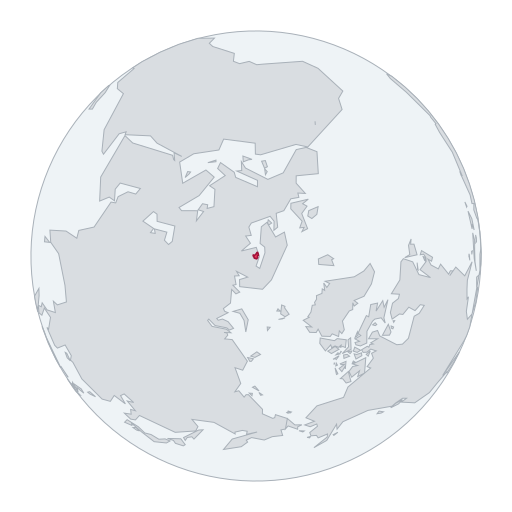 Southern Ostrobothnia highlighted on a globe, orthographic projection, rotated 158°
{"feature_id": "FIN-3183", "entity_name": "Southern Ostrobothnia", "entity_type": "Province", "adm_level": 1, "iso_a3": "FIN", "parent_name": "Finland", "parent_adm1": "", "projection": "orthographic", "projection_center": [23.15, 62.738], "detail": "fine", "context": "on_globe", "style": "filled", "palette": "rose", "viewbox_px": 512, "rotation_deg": 158, "n_neighbors": 0, "source": "natural_earth", "source_scale": "10m", "svg_char_len": 12099}
<svg xmlns="http://www.w3.org/2000/svg" viewBox="0 0 512 512"><g transform="rotate(158 256 256)"><circle cx="256" cy="256" r="225" fill="#eef3f6" stroke="#a8b0b8"/><path d="M35.6,209.4L37.4,202.1L38.9,196.5L39.2,194.8L45.9,174.6L50.8,163.6L84.4,110.1L90.6,103.2L95.0,99.4L127.7,75.3L103.5,90.8L112.2,83.5L123.1,75.8L121.9,77.4L135.7,70.3L146.4,64.4L163.8,60.4L176.0,66.1L169.7,67.7L173.3,69.2L181.6,67.4L186.1,65.8L210.0,70.9L237.5,69.8L245.7,65.1L244.3,69.9L259.5,58.5L274.1,56.6L257.8,61.5L256.4,64.2L266.5,64.1L267.1,67.0L272.4,68.7L272.3,72.2L262.8,75.1L262.6,77.5L269.7,77.4L274.1,81.1L263.7,80.9L270.3,87.3L255.7,94.2L227.8,92.1L219.8,100.1L191.6,109.2L194.4,111.8L185.5,117.3L185.3,122.5L180.1,123.0L184.5,126.7L189.3,125.3L192.8,126.5L193.2,129.5L186.6,130.6L185.5,129.2L183.7,131.2L180.3,130.5L182.2,132.5L174.2,133.7L182.6,137.1L176.6,141.8L171.2,141.4L171.2,135.5L158.7,121.0L153.2,119.4L145.5,122.6L131.9,140.9L126.1,141.7L118.5,147.2L121.9,149.3L129.0,145.8L133.5,151.3L141.7,146.8L144.7,148.5L153.4,146.5L152.6,153.2L147.1,161.1L139.9,163.2L137.3,166.8L144.6,170.3L131.6,179.9L123.8,196.3L120.4,198.3L112.9,191.9L111.9,177.7L102.3,170.6L109.0,181.9L100.3,187.2L99.1,191.1L99.9,194.9L103.3,195.6L100.5,199.0L92.8,188.7L95.2,185.4L97.7,188.6L97.1,182.1L91.8,175.8L87.9,179.3L84.2,167.0L81.3,169.5L78.9,168.4L83.7,165.2L74.9,170.9L69.9,159.4L57.8,169.7L69.2,154.2L72.9,146.0L76.4,137.2L74.3,138.6L81.7,125.9L83.7,118.2L77.6,121.2L69.6,130.7L62.1,143.9L63.0,144.7L59.3,153.8L55.2,155.3L47.7,173.8L44.6,178.8L41.4,187.5L39.3,195.3L36.7,206.2L37.1,208.6L36.8,217.1L34.3,223.0L36.1,223.7L34.6,232.5L35.5,253.9L34.8,253.5L35.1,278.8L39.5,301.9L40.5,311.0L39.6,311.3L42.0,319.1L42.1,321.0L55.3,351.6L65.0,370.3L66.7,376.1L62.5,371.4L62.8,371.8L54.6,357.0L47.6,341.7L41.8,325.9L37.2,309.7L33.8,293.1L31.6,276.4L30.7,259.6L31.1,242.8L32.7,226.0L35.6,209.4ZM54.7,171.7L46.4,196.3L47.9,185.3L48.2,186.7L51.0,179.7L55.1,168.6L57.3,159.7L54.7,171.7ZM58.2,175.7L59.4,171.9L58.7,175.3L58.2,175.7ZM188.0,64.8L181.7,67.1L174.0,67.9L179.2,65.5L188.0,64.8ZM202.8,64.4L200.0,66.1L196.2,63.8L198.9,63.5L202.8,64.4ZM251.4,61.4L246.1,61.9L251.0,60.5L251.4,61.4ZM273.1,68.3L274.4,67.3L276.6,68.7L273.1,68.3ZM153.2,142.9L153.2,144.6L151.6,144.1L153.2,142.9ZM156.9,140.5L155.0,138.6L156.4,137.2L157.6,138.4L156.9,140.5ZM278.5,75.3L281.6,77.9L276.8,75.7L278.5,75.3ZM158.9,143.1L159.3,135.0L161.9,132.6L168.5,135.1L158.9,143.1ZM282.3,79.8L289.9,86.4L293.5,84.6L287.8,93.6L283.2,84.8L276.7,82.3L281.3,82.0L282.3,79.8ZM190.7,123.5L185.6,125.2L189.5,121.1L190.7,123.5ZM192.3,120.6L199.2,106.8L206.9,106.1L203.0,110.8L212.7,107.8L213.0,114.2L207.8,117.3L202.8,116.4L206.7,119.6L192.3,120.6ZM283.4,97.6L283.9,99.8L281.6,98.1L283.4,97.6ZM194.5,126.7L195.2,123.9L201.9,123.0L201.7,128.5L199.6,127.0L194.5,126.7ZM215.0,104.0L220.0,104.5L221.6,109.7L223.7,110.7L213.7,114.3L215.0,104.0ZM198.3,128.7L201.4,131.3L198.6,134.5L194.3,129.4L198.3,128.7ZM203.8,120.5L206.9,120.4L205.1,122.2L203.8,120.5ZM190.4,147.7L191.1,144.2L194.6,143.4L190.4,147.7ZM202.8,132.1L203.8,131.0L205.3,130.3L206.7,132.7L202.8,132.1ZM215.5,117.8L215.2,120.0L219.7,116.6L221.1,120.6L214.2,122.4L217.8,123.3L218.2,124.5L212.0,124.6L215.5,117.8ZM212.6,133.2L204.2,137.1L202.1,143.8L198.9,144.7L202.8,133.8L212.6,133.2ZM212.8,128.1L211.9,131.4L208.4,130.7L206.8,128.0L212.8,128.1ZM224.6,122.7L224.2,116.1L225.8,116.0L224.6,122.7ZM212.7,135.3L214.7,134.3L213.0,135.8L212.7,135.3ZM221.7,126.7L221.4,124.3L223.2,124.2L221.7,126.7ZM219.0,134.4L216.3,135.6L215.1,133.8L219.0,134.4ZM220.8,131.0L223.3,131.4L216.3,132.4L220.4,129.9L220.8,131.0ZM223.5,126.9L224.4,126.1L223.3,127.9L223.5,126.9ZM225.1,140.9L216.6,142.5L214.0,138.4L222.6,137.3L225.1,140.9ZM228.2,479.6L212.9,473.6L219.6,470.7L217.6,466.4L200.2,452.0L204.0,445.0L199.2,440.5L189.4,439.0L183.7,433.1L177.7,431.3L139.9,419.1L128.2,406.8L113.7,376.4L120.4,371.2L121.3,359.6L167.1,337.7L177.2,344.5L213.8,348.1L218.4,350.7L214.5,360.9L242.2,376.5L250.7,368.2L275.4,374.1L291.6,371.7L296.7,350.9L270.2,354.5L265.2,344.8L286.1,333.3L309.2,329.8L308.0,325.9L293.1,319.8L298.1,310.9L287.9,316.9L292.3,320.5L286.0,324.5L281.6,321.6L283.5,318.4L276.5,317.5L269.1,333.2L272.7,338.5L254.4,342.1L258.8,351.5L253.9,355.9L244.8,341.8L245.4,336.5L228.7,319.7L226.3,325.6L242.0,342.0L237.2,340.6L234.2,349.1L232.8,341.5L216.3,322.6L199.6,322.9L178.8,339.6L168.9,337.9L160.4,329.9L167.4,309.0L188.7,315.3L191.5,308.5L186.8,295.5L193.6,298.7L194.3,294.3L202.3,296.0L213.2,287.6L221.3,288.0L225.1,274.6L229.8,273.1L226.2,281.4L228.0,287.5L248.0,288.3L251.8,285.5L252.7,276.9L258.1,278.4L256.4,269.9L267.7,266.1L252.5,263.9L253.1,254.2L259.7,246.6L257.2,243.1L246.5,255.6L244.6,261.0L247.5,266.1L240.1,281.1L233.3,283.1L230.7,266.3L220.7,267.5L223.0,254.3L250.6,228.1L262.4,222.7L282.6,233.7L280.1,240.3L271.6,239.5L279.8,249.1L279.0,244.0L283.4,245.5L285.2,237.0L288.4,237.6L284.6,228.6L288.8,228.4L291.1,234.1L297.3,221.9L305.9,219.5L305.8,216.5L303.1,213.9L315.8,212.8L315.1,210.6L310.7,210.1L306.5,205.6L303.9,197.3L308.4,197.3L310.0,200.3L320.0,206.9L323.4,215.2L325.0,214.4L323.1,207.2L310.9,199.2L308.0,194.2L314.3,197.1L311.8,195.6L311.8,193.2L316.1,190.9L309.4,187.4L303.4,161.7L311.1,155.1L317.3,160.3L317.9,143.5L326.5,138.0L322.4,137.5L319.9,129.6L317.2,131.1L315.0,130.3L307.4,111.4L309.2,107.3L301.3,99.2L299.2,99.1L297.4,101.6L287.8,93.6L293.5,84.6L298.0,85.4L298.5,79.6L308.6,82.4L317.3,82.3L328.1,89.3L334.0,88.9L333.5,86.6L341.1,84.7L358.6,88.8L346.6,95.2L320.9,92.4L331.6,94.2L329.8,96.8L334.0,99.4L341.5,100.6L342.0,98.8L357.3,117.5L376.6,128.5L373.7,119.6L377.5,116.4L397.0,122.8L423.8,151.8L429.2,149.2L433.3,151.7L436.9,159.6L431.0,156.1L429.7,160.7L425.8,157.7L429.7,169.8L424.3,166.0L429.9,177.5L433.9,177.3L432.5,167.8L439.7,179.8L445.5,175.8L452.3,181.0L463.5,207.2L465.6,226.0L467.0,229.0L464.6,232.8L466.3,245.0L474.6,245.0L476.1,248.6L476.6,268.1L475.7,265.9L469.5,276.1L471.8,287.0L476.7,281.3L478.5,284.7L476.3,291.8L474.1,289.4L471.8,292.7L469.9,284.3L463.2,278.7L460.8,290.0L458.5,285.1L449.0,284.4L444.1,300.4L438.1,332.1L441.2,345.6L437.4,357.2L422.8,350.3L415.5,339.6L410.7,346.1L395.3,343.5L370.2,360.3L366.2,357.8L361.6,362.7L350.6,363.5L344.3,358.5L337.9,361.9L354.6,374.5L361.5,370.7L366.5,360.2L370.0,365.6L380.4,365.5L370.4,387.4L332.4,416.7L328.0,407.0L295.6,380.6L296.2,376.3L296.0,375.8L295.6,375.0L293.3,382.4L287.5,376.1L305.5,397.7L308.8,406.9L331.9,417.5L329.9,419.8L337.1,420.6L359.3,407.5L359.6,410.9L349.5,430.0L318.1,456.2L321.9,463.1L319.1,468.7L298.8,475.5L299.8,476.7L289.2,478.8L288.7,478.9L268.6,480.9L248.4,481.2L228.2,479.6ZM151.9,355.3L150.8,358.8L151.9,355.3ZM334.4,335.6L347.8,330.7L340.6,319.9L345.1,317.2L341.0,314.7L340.0,319.2L329.7,311.5L335.0,304.9L332.8,299.4L328.2,300.9L320.0,314.2L334.7,325.2L332.1,331.9L334.4,335.6ZM35.6,254.5L35.4,258.2L35.0,254.8L35.6,254.5ZM46.5,185.9L45.5,190.3L44.5,193.3L44.9,190.3L46.5,185.9ZM42.4,222.4L42.1,227.9L41.7,223.1L42.4,222.4ZM45.5,200.1L42.6,218.2L41.9,209.7L44.0,198.4L43.5,204.8L45.5,200.1ZM55.3,176.6L54.3,179.6L53.5,179.7L55.3,176.6ZM57.7,178.3L57.8,177.3L59.0,175.2L57.7,178.3ZM100.8,187.8L101.3,188.7L101.3,192.9L99.8,191.5L100.8,187.8ZM110.6,208.7L105.8,213.7L108.2,209.0L105.1,207.8L106.2,196.8L118.7,198.8L112.9,199.7L110.6,208.7ZM111.2,183.0L109.1,189.5L110.9,182.3L111.2,183.0ZM190.2,269.8L193.0,273.7L190.1,278.3L179.9,278.5L184.0,271.8L190.2,269.8ZM197.7,278.3L197.9,262.0L204.3,261.4L200.7,264.5L204.9,265.7L200.2,271.0L206.1,286.7L203.9,291.8L186.2,289.1L193.2,287.0L190.0,283.1L197.7,278.3ZM187.3,224.2L187.4,217.9L201.0,224.7L199.3,229.9L189.0,230.3L185.0,224.4L187.3,224.2ZM170.5,149.5L169.7,147.2L171.5,146.8L173.7,148.5L170.5,149.5ZM190.4,146.1L176.0,159.4L174.3,157.4L167.8,168.0L160.9,166.8L165.3,159.9L155.2,167.1L156.4,160.5L150.0,166.1L160.6,150.8L161.3,145.4L163.1,151.8L169.5,153.0L172.4,151.9L181.3,144.7L185.9,133.8L192.9,133.5L196.6,136.2L196.6,138.7L192.0,138.1L195.2,142.0L188.6,143.0L190.4,146.1ZM236.2,171.9L230.9,169.3L236.3,178.7L229.7,179.2L230.7,180.3L226.1,183.4L222.3,189.2L219.3,188.5L219.1,191.0L216.0,193.3L214.8,196.6L208.9,196.6L206.9,200.7L205.2,198.4L203.3,205.6L202.1,200.3L198.0,202.9L201.4,206.7L172.7,199.9L161.6,201.7L153.0,206.3L152.0,197.0L159.4,186.9L170.9,178.2L181.7,178.0L179.3,174.0L183.7,172.8L183.8,176.4L186.4,170.1L190.1,170.1L200.2,163.3L201.8,154.5L205.5,151.9L206.8,155.4L209.6,150.4L214.5,155.3L217.3,153.6L225.0,157.0L225.8,164.9L228.9,162.5L234.8,165.1L236.2,171.9ZM227.2,142.0L229.6,151.1L227.2,155.9L214.9,148.1L211.7,149.0L203.7,144.5L207.4,137.6L209.3,139.5L212.0,139.8L209.8,141.8L213.6,140.4L216.4,143.0L220.2,142.7L220.0,145.6L227.2,142.0ZM223.5,347.1L227.0,348.0L232.5,348.1L230.7,353.6L223.5,347.1ZM212.0,334.5L215.2,334.2L215.3,341.8L211.6,341.0L212.0,334.5ZM216.8,327.8L215.3,333.6L214.0,330.0L216.8,327.8ZM229.1,280.7L232.5,280.0L232.9,282.1L231.1,285.0L229.1,280.7ZM250.6,201.0L248.0,198.5L248.9,197.2L247.1,189.6L251.8,188.8L254.8,193.1L250.6,201.0ZM292.3,355.3L287.7,359.9L285.2,358.4L287.3,357.1L292.3,355.3ZM257.8,358.4L265.7,360.6L257.2,359.9L257.8,358.4ZM255.4,198.8L254.1,195.7L257.3,197.2L255.4,198.8ZM255.2,187.8L258.9,188.8L252.2,187.8L255.2,187.8ZM355.8,454.8L338.9,465.5L328.8,469.2L327.8,469.0L334.6,464.0L346.6,458.3L352.7,453.5L355.8,454.8ZM477.7,295.9L476.3,301.8L469.4,307.3L472.0,300.4L478.3,288.2L478.0,291.1L479.3,286.0L479.1,287.3L477.7,295.9ZM480.8,270.9L480.7,269.9L480.7,264.6L481.0,259.6L479.1,229.8L479.0,225.3L480.3,235.7L480.3,235.1L481.3,253.0L480.8,270.9ZM442.2,345.9L446.8,348.4L444.3,353.2L442.2,345.9ZM476.0,214.7L478.3,227.1L475.5,213.9L476.0,214.7ZM473.0,204.8L474.0,206.6L473.4,207.7L473.0,204.8ZM469.2,232.3L469.0,238.1L467.9,236.7L467.4,228.3L469.2,232.3ZM457.5,185.6L461.7,190.3L463.1,192.8L461.0,192.5L457.5,185.6ZM293.9,189.4L291.2,200.8L292.4,208.9L298.0,213.2L289.0,212.3L287.1,199.8L293.9,189.4ZM301.8,165.0L296.9,161.7L299.7,160.1L301.2,160.6L301.8,165.0ZM298.4,165.2L291.1,166.8L288.7,163.0L295.0,162.4L298.4,165.2ZM273.3,182.6L272.2,186.0L269.6,184.6L273.3,182.6ZM475.2,204.1L475.5,205.9L476.9,212.8L473.0,196.6L473.4,197.1L474.1,199.5L475.2,204.1ZM473.7,200.6L475.2,206.9L473.0,198.7L473.7,200.6ZM474.9,207.0L473.9,205.0L473.4,201.3L474.9,207.0ZM473.2,198.0L471.0,192.7L471.8,193.2L473.2,198.0ZM471.2,201.0L471.9,196.5L472.9,206.0L467.8,198.2L467.0,193.3L471.2,201.0ZM434.3,143.0L431.6,142.1L429.5,137.4L431.9,139.3L434.3,143.0ZM420.0,122.0L428.0,135.8L434.0,147.5L434.5,145.4L440.1,151.1L436.8,152.5L429.1,141.8L425.4,133.6L420.2,129.8L414.7,122.5L408.8,120.5L405.0,116.7L409.1,116.2L420.0,122.0ZM406.4,120.0L394.2,114.7L392.3,107.6L394.5,107.2L400.9,112.5L401.6,115.9L406.4,120.0ZM390.7,111.5L391.2,114.8L374.3,116.1L370.2,114.7L382.1,109.5L383.2,112.4L387.7,113.5L390.7,111.5ZM286.2,99.3L284.1,99.8L285.1,98.1L286.2,99.3ZM313.6,131.4L310.8,130.0L312.1,127.9L313.6,131.4ZM303.9,125.1L304.4,128.4L302.0,124.8L303.9,125.1ZM305.8,135.8L303.7,129.7L308.4,135.6L305.8,135.8Z" fill="#d9dde1" stroke="#a8b0b8" stroke-width="1"/><path d="M257.0,253.5L257.1,253.8L257.3,253.9L257.6,253.9L257.7,254.0L257.9,254.2L257.9,254.3L258.2,254.5L258.0,254.8L258.1,255.0L258.2,255.3L258.3,255.3L258.3,255.5L258.2,255.5L258.3,255.7L258.4,256.1L258.5,256.2L258.6,256.3L258.6,256.5L258.5,256.8L258.4,256.9L258.4,257.0L258.3,256.9L258.2,256.9L258.1,257.0L257.9,257.0L257.6,257.4L257.6,257.5L257.5,257.4L257.4,257.3L257.4,257.2L257.2,257.0L256.9,257.3L256.7,257.3L256.4,257.3L256.2,257.5L255.8,257.8L255.6,257.8L255.4,257.8L255.2,257.8L255.0,257.7L254.9,257.8L254.9,258.0L254.6,258.3L254.3,258.5L254.2,258.6L254.0,258.8L253.9,258.9L253.2,258.8L253.2,258.7L253.2,258.4L253.3,258.3L253.3,258.2L253.5,258.0L253.4,257.9L253.3,257.7L253.2,257.4L253.1,257.5L253.1,257.4L253.1,257.2L253.2,256.9L253.2,256.7L253.3,256.4L253.5,256.2L253.4,255.9L253.5,255.7L253.8,255.7L253.9,255.8L254.3,255.9L254.5,255.8L254.6,255.5L254.7,255.4L254.7,255.2L254.8,254.9L254.9,254.7L255.0,254.7L255.1,254.4L255.1,254.2L255.0,253.9L255.1,253.7L255.3,253.6L255.5,253.6L255.8,253.5L256.0,253.5L256.1,253.4L256.2,253.2L256.3,253.1L256.5,253.1L256.8,253.3L257.0,253.5Z" fill="#f43f5e" stroke="#9f1239" stroke-width="1.5"/></g></svg>